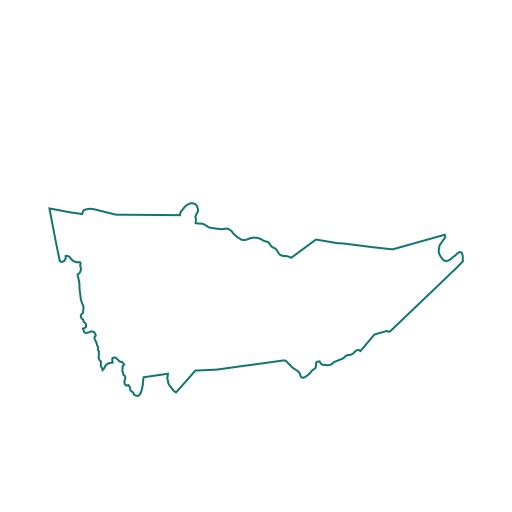 Mirangaba, Bahia, Brazil (orthographic projection), rotated 155°
{"feature_id": "56859067B52405127182950", "entity_name": "Mirangaba", "entity_type": "district", "adm_level": 2, "iso_a3": "BRA", "parent_name": "Brazil", "parent_adm1": "Bahia", "projection": "orthographic", "projection_center": [-40.673, -10.821], "detail": "fine", "context": "isolated", "style": "outline", "palette": "teal", "viewbox_px": 512, "rotation_deg": 155, "n_neighbors": 0, "source": "geoboundaries", "source_scale": "gbopen_adm2", "svg_char_len": 3652}
<svg xmlns="http://www.w3.org/2000/svg" viewBox="0 0 512 512"><g transform="rotate(155 256 256)"><path d="M386.1,166.2L381.1,168.3L371.9,172.3L361.8,176.7L359.3,177.8L352.9,175.1L339.5,169.6L328.5,166.2L313.8,161.7L304.0,158.6L274.5,149.5L273.0,147.9L272.5,146.0L271.5,143.4L270.8,141.5L270.3,139.8L268.9,137.4L267.4,135.0L266.0,132.3L266.1,130.1L266.4,128.3L265.9,126.5L264.4,125.6L262.2,125.7L260.1,126.0L258.2,126.6L256.5,127.0L254.6,128.1L252.4,128.8L249.6,129.2L247.8,131.2L247.1,133.2L245.6,134.4L242.9,133.6L242.8,131.2L241.6,129.2L239.5,128.2L237.7,126.9L235.9,126.2L234.3,126.0L232.1,126.2L230.3,126.9L220.1,126.4L218.3,127.0L216.5,127.6L214.7,127.4L213.2,126.7L210.9,126.4L209.0,126.6L206.9,127.5L204.6,128.0L202.8,127.6L201.6,125.7L181.8,134.8L169.2,132.8L167.5,131.1L165.7,131.2L83.4,159.1L78.4,160.8L70.7,163.8L70.0,165.8L68.8,168.1L68.3,170.2L68.2,172.2L69.8,173.5L72.7,173.2L74.7,172.4L76.6,172.0L78.5,171.7L80.7,170.8L83.6,170.6L85.7,171.0L87.2,172.1L88.2,173.7L88.6,176.0L89.0,178.0L89.0,180.2L88.8,182.1L87.8,184.3L86.4,186.2L85.1,188.1L83.7,188.9L81.7,190.1L79.7,191.2L77.8,192.2L76.4,193.4L76.0,195.5L126.5,203.8L129.6,204.4L146.9,214.9L171.8,230.6L176.5,233.0L194.7,245.6L224.8,239.5L227.1,242.0L228.9,243.4L230.9,244.3L232.8,245.8L233.9,247.3L234.5,249.9L234.6,252.3L235.3,254.6L237.1,256.6L238.2,258.8L238.5,260.8L238.9,263.1L240.4,264.7L242.0,265.9L243.3,267.5L244.3,269.1L245.7,270.6L247.6,272.2L250.6,273.7L253.4,274.5L256.8,274.7L259.6,275.2L261.4,276.2L262.6,277.4L263.8,279.3L265.0,281.2L266.2,283.9L267.1,286.0L267.5,288.6L268.8,291.1L270.0,292.6L271.7,293.5L273.9,294.1L276.4,295.1L278.6,296.5L280.0,297.3L282.0,298.6L283.6,299.6L285.5,300.9L287.1,302.5L288.1,304.2L289.2,305.9L290.3,307.4L292.7,308.9L294.9,310.0L296.8,311.3L295.7,313.4L294.7,315.0L294.4,317.2L292.4,319.1L290.2,320.4L288.9,322.6L288.4,325.5L288.6,327.4L289.4,329.0L290.7,330.2L292.4,331.2L294.2,331.5L296.3,331.5L298.5,331.2L301.3,329.9L303.5,328.7L305.1,328.2L306.4,327.0L307.6,325.1L349.8,345.2L361.6,350.8L365.4,352.6L383.3,367.0L386.3,368.9L387.9,369.4L390.1,370.0L392.5,370.4L394.2,369.3L395.8,367.5L406.3,374.3L415.8,381.2L423.1,386.4L431.2,354.4L436.0,334.2L434.5,332.6L432.1,332.5L429.8,333.9L428.5,336.4L426.9,335.7L425.6,334.4L425.1,332.8L424.7,331.1L424.1,329.3L422.9,327.8L420.9,325.9L418.2,324.9L418.1,323.2L419.4,321.7L419.9,318.9L421.0,316.9L422.7,315.4L425.7,314.4L426.3,311.2L426.7,309.5L427.1,307.6L427.9,305.1L429.1,302.6L430.1,299.8L431.0,297.2L432.0,294.0L432.9,291.2L433.4,288.6L433.6,286.3L433.6,283.8L434.4,281.6L435.9,279.3L436.7,277.6L439.1,276.8L440.4,275.2L440.5,273.2L439.6,271.3L439.9,269.0L439.1,267.5L438.9,265.6L440.0,263.6L441.9,263.2L443.5,263.3L443.7,261.0L443.8,259.2L442.2,257.9L439.4,257.4L436.9,257.2L435.1,255.8L434.7,253.8L434.8,251.7L436.9,250.4L437.5,248.3L437.2,245.9L437.4,243.9L437.7,242.2L437.7,239.8L439.0,237.5L438.7,235.7L439.6,234.2L440.4,232.3L441.6,230.6L441.9,228.2L441.1,225.9L442.6,223.2L443.2,221.4L442.8,219.2L443.3,217.5L441.2,218.2L438.6,220.4L436.0,221.1L433.5,220.8L430.9,220.0L430.4,222.0L429.3,224.1L427.4,224.0L425.8,222.7L425.3,220.9L424.6,219.4L423.9,217.7L422.2,216.6L421.7,214.9L421.4,213.3L423.4,212.5L424.4,210.4L425.8,208.4L425.8,206.4L426.4,204.6L425.4,202.3L426.2,200.3L427.7,198.8L428.8,196.8L429.0,194.9L428.2,193.2L426.2,193.0L425.7,190.6L426.6,187.2L425.0,184.1L425.1,181.7L424.0,180.5L422.1,178.9L420.1,179.5L418.5,180.5L417.3,181.8L415.9,183.2L414.8,184.8L413.7,186.2L412.7,187.5L411.8,189.5L410.2,191.9L409.1,193.6L385.6,186.5L386.7,184.8L388.1,182.6L388.6,179.9L389.1,178.3L389.3,176.0L387.4,168.0L386.1,166.2Z" fill="none" stroke="#0f766e" stroke-width="2"/></g></svg>